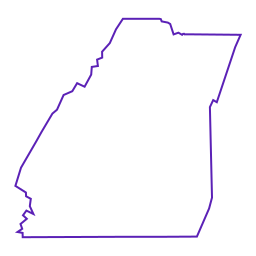 the district of Somerset, Pennsylvania, United States of America
{"feature_id": "52423323B4372132198351", "entity_name": "Somerset", "entity_type": "district", "adm_level": 2, "iso_a3": "USA", "parent_name": "United States of America", "parent_adm1": "Pennsylvania", "projection": "orthographic", "projection_center": [-79.093, 40.003], "detail": "fine", "context": "isolated", "style": "outline", "palette": "violet", "viewbox_px": 256, "rotation_deg": 0, "n_neighbors": 0, "source": "geoboundaries", "source_scale": "gbopen_adm2", "svg_char_len": 757}
<svg xmlns="http://www.w3.org/2000/svg" viewBox="0 0 256 256"><path d="M196.9,236.6L209.1,208.5L212.0,197.6L209.9,107.1L213.2,100.1L216.8,102.2L235.2,47.1L240.6,34.8L187.2,34.3L184.5,34.3L184.1,33.8L183.0,33.9L182.1,34.8L178.4,32.7L173.6,34.4L170.2,24.0L167.9,22.6L161.7,21.4L160.8,19.1L159.4,18.8L122.9,18.8L116.0,29.3L109.8,43.1L102.1,51.7L102.2,57.6L97.1,59.6L97.9,66.0L91.8,66.9L91.2,74.6L84.6,86.7L77.1,83.2L72.3,91.2L63.6,95.0L57.0,109.7L52.4,113.6L41.5,132.0L36.4,141.1L21.0,167.7L15.4,185.9L25.9,192.5L26.1,196.3L30.8,198.8L29.8,206.2L33.4,214.0L26.4,210.6L23.0,215.3L26.8,218.8L20.5,224.0L22.2,228.8L17.5,232.0L22.6,232.9L22.7,237.2L122.9,236.8L126.1,236.8L160.2,236.8L161.1,236.8L196.9,236.6Z" fill="none" stroke="#5b21b6" stroke-width="2"/></svg>